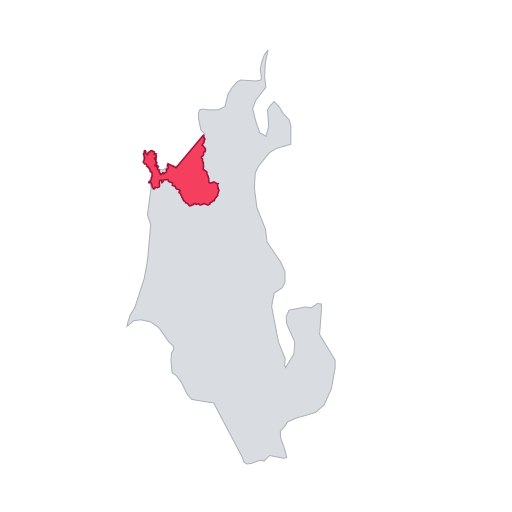 location of Talamanca, Limón, Costa Rica, rotated 220°
{"feature_id": "36466004B17277375937001", "entity_name": "Talamanca", "entity_type": "district", "adm_level": 2, "iso_a3": "CRI", "parent_name": "Costa Rica", "parent_adm1": "Limón", "projection": "natural_earth1", "projection_center": [-83.039, 9.422], "detail": "fine", "context": "in_parent", "style": "filled", "palette": "rose", "viewbox_px": 512, "rotation_deg": 220, "n_neighbors": 0, "source": "geoboundaries", "source_scale": "gbopen_adm2", "svg_char_len": 7632}
<svg xmlns="http://www.w3.org/2000/svg" viewBox="0 0 512 512"><g transform="rotate(220 256 256)"><path d="M408.0,261.7L407.5,263.7L405.9,265.7L403.7,267.8L400.7,269.2L393.4,265.0L386.3,260.1L382.4,262.3L380.9,268.6L378.3,271.9L375.0,273.1L373.7,275.2L373.4,296.5L373.6,316.6L379.0,317.0L388.0,324.0L391.8,328.1L393.0,331.9L391.9,333.7L385.4,338.1L379.0,343.6L375.8,350.5L381.4,361.7L382.6,369.3L382.4,377.2L380.8,381.0L368.4,390.1L365.7,393.3L366.0,395.6L372.9,401.9L376.1,408.0L378.9,415.3L379.2,421.7L373.0,409.9L364.4,398.6L356.9,391.7L356.3,375.5L353.3,366.7L342.1,358.6L332.4,352.9L325.3,354.1L329.6,363.4L341.0,375.3L341.7,379.9L341.5,386.0L333.7,385.1L326.9,382.6L318.5,381.8L312.9,378.1L301.1,363.9L309.5,351.7L312.1,343.8L311.9,327.2L310.0,319.2L300.9,307.0L286.4,293.6L266.1,282.7L256.5,273.8L232.8,267.1L223.7,262.6L216.7,254.3L215.6,248.3L218.2,239.1L211.6,227.4L183.3,204.4L167.5,196.0L164.1,191.0L161.6,189.5L164.0,205.3L170.9,214.9L189.0,223.8L193.9,229.0L195.9,235.8L185.4,248.7L180.1,252.0L178.5,259.0L175.1,261.2L171.5,257.1L156.9,236.8L128.5,227.1L123.4,221.1L112.9,202.6L108.1,185.7L109.9,174.4L121.5,156.9L125.2,149.2L124.5,144.5L124.9,137.6L120.5,132.7L109.8,126.4L102.9,121.4L104.8,118.8L117.2,112.0L118.0,105.9L117.9,103.9L119.9,103.4L121.7,101.8L122.8,100.1L126.2,94.2L129.2,90.9L132.5,90.3L136.7,92.8L152.2,99.2L169.5,106.2L194.0,116.3L204.3,109.9L213.0,104.9L219.1,105.6L232.4,111.4L240.3,113.2L245.2,112.6L253.7,121.0L258.3,127.3L259.0,131.6L261.6,133.8L268.2,134.3L284.3,138.6L294.2,137.8L303.1,133.2L308.1,127.8L309.6,119.3L311.9,123.5L314.5,130.1L315.7,138.7L327.3,167.2L336.5,183.2L356.8,212.3L365.6,217.7L380.4,241.1L385.5,244.9L388.4,251.8L403.8,257.5L408.0,261.7Z" fill="#d9dde1" stroke="#a8b0b8" stroke-width="1"/><path d="M370.5,312.9L370.7,312.7L370.9,312.7L371.9,313.4L372.6,313.3L372.7,313.5L373.1,314.4L373.5,314.9L373.8,314.9L374.0,314.6L374.0,272.2L382.7,270.2L382.5,269.9L382.6,269.5L382.3,269.0L382.3,268.5L382.0,268.5L381.7,268.7L381.4,268.6L381.2,268.3L381.4,268.1L381.4,267.9L380.6,268.0L380.4,267.9L380.1,267.6L379.8,267.0L379.9,266.3L379.7,266.0L380.3,265.3L380.1,264.8L380.2,264.2L379.5,264.1L379.3,264.0L378.7,262.8L378.8,262.1L379.2,261.5L379.4,259.7L379.8,259.7L380.5,260.2L380.8,260.2L380.9,259.8L380.7,259.7L380.7,259.0L381.0,258.2L380.8,257.9L380.8,257.6L381.1,257.2L381.4,257.0L381.8,257.0L382.2,257.3L382.5,257.7L382.8,257.9L383.2,257.9L383.9,257.8L384.0,257.9L384.1,258.4L384.6,259.1L385.2,259.5L385.8,259.5L386.2,259.2L386.6,259.0L387.1,259.1L387.4,259.2L388.3,260.4L388.2,261.6L388.3,261.9L388.8,261.9L389.0,261.8L389.1,261.5L389.1,260.6L389.3,260.4L389.8,260.4L390.2,261.5L390.4,261.7L390.8,261.5L391.0,260.8L391.3,260.2L391.7,260.3L391.8,260.5L391.8,261.0L391.6,261.4L391.3,261.7L391.3,261.9L392.1,262.7L391.9,263.5L392.0,263.8L392.4,263.9L393.0,263.5L393.4,263.9L393.6,264.5L394.2,264.7L394.5,265.0L394.8,266.0L395.3,265.9L395.7,265.2L396.3,265.1L396.6,265.7L396.5,266.3L396.3,266.5L395.7,266.7L395.7,267.0L396.1,267.7L396.2,268.2L396.7,268.3L396.9,268.4L397.0,269.0L397.7,269.1L398.2,269.3L398.2,270.0L398.8,269.6L399.3,268.7L399.8,268.6L400.0,269.5L400.4,270.2L400.7,270.4L401.3,270.4L401.7,270.3L402.1,269.8L402.4,269.7L402.7,269.7L402.8,269.9L403.6,269.8L404.3,269.1L404.5,268.5L404.4,268.1L404.3,267.7L404.9,266.4L404.9,265.7L404.8,265.2L404.2,264.2L404.3,263.9L404.7,263.5L405.9,263.6L406.7,263.9L407.3,264.4L407.5,265.1L407.8,265.4L408.6,265.6L408.8,265.5L409.0,265.1L409.1,264.6L408.9,264.3L408.5,264.0L408.2,263.5L408.0,263.1L408.0,262.1L406.8,261.2L406.2,260.9L405.1,260.2L404.1,259.2L403.9,258.6L403.2,257.5L403.1,256.7L403.1,256.0L402.9,255.7L402.3,255.3L401.9,255.1L401.2,255.2L400.4,255.0L400.1,255.0L399.4,255.6L399.1,255.7L398.5,255.5L397.8,255.2L397.2,254.5L396.7,254.6L396.1,254.6L396.0,255.0L395.7,255.0L395.3,254.8L394.6,254.7L393.8,254.2L393.3,254.4L392.3,253.6L392.0,253.1L391.3,252.7L391.0,252.7L390.8,252.9L390.6,253.0L390.4,253.3L390.2,253.3L389.9,253.3L389.2,252.9L388.3,252.1L387.4,250.9L387.0,250.6L386.4,249.0L385.4,247.2L385.1,246.2L385.1,245.6L385.6,244.8L385.7,244.0L385.7,243.7L385.4,243.4L385.1,243.2L384.8,243.4L384.7,244.0L384.3,244.4L383.5,244.8L383.1,244.6L382.8,244.2L382.0,244.0L381.3,243.3L380.4,242.7L380.1,242.2L379.8,242.1L379.1,242.1L378.2,241.7L377.8,241.4L377.6,241.7L377.2,241.8L377.1,242.2L376.9,242.4L376.9,242.5L377.1,242.5L377.2,243.5L376.9,244.0L376.0,244.8L375.4,245.0L375.0,245.9L374.6,246.3L374.6,246.6L375.0,247.8L376.0,248.9L376.5,249.2L376.7,249.6L377.1,249.8L377.4,250.2L377.6,250.7L378.1,251.3L378.3,251.9L378.1,252.5L377.5,252.8L377.1,253.4L376.9,253.1L376.5,252.8L376.1,252.2L375.7,251.8L375.4,251.9L375.2,251.7L375.0,252.1L375.0,252.7L375.2,253.5L375.2,254.5L375.4,255.0L375.3,255.5L374.3,256.2L373.6,257.1L373.1,257.3L372.7,257.5L372.6,257.9L371.9,257.7L371.1,256.9L370.8,256.9L369.8,257.3L369.3,257.3L368.9,257.8L368.0,258.1L367.6,258.1L367.1,257.9L366.8,258.1L366.4,258.0L366.1,257.8L365.8,257.0L365.6,256.3L365.3,256.3L364.9,256.4L364.4,256.7L364.1,256.8L363.7,257.2L363.5,257.3L363.3,257.3L362.9,257.6L362.6,257.5L362.3,257.1L361.7,256.9L361.4,256.5L360.2,256.3L359.6,256.3L358.5,257.0L358.1,257.0L357.6,257.5L356.9,257.5L356.5,257.2L356.1,257.2L355.9,257.0L356.0,256.4L356.2,255.7L355.8,255.1L355.5,255.0L355.2,255.3L353.6,255.1L353.2,254.8L352.8,254.8L352.5,254.3L351.7,254.1L351.2,253.7L350.6,253.3L349.8,253.1L349.2,253.1L348.9,252.7L348.5,252.4L347.9,252.2L346.7,252.0L346.6,251.8L345.9,252.0L344.4,251.9L343.6,251.5L343.1,252.1L342.7,252.1L342.1,252.3L341.4,252.0L340.8,252.0L340.6,251.9L340.3,252.0L339.6,251.6L339.3,251.6L338.3,252.5L338.0,253.0L337.8,253.9L337.5,254.1L337.2,254.6L337.0,255.3L337.0,255.6L337.2,255.9L337.1,256.5L336.7,256.8L335.0,257.0L334.8,257.3L334.7,257.7L334.2,258.4L333.9,258.9L333.7,259.1L332.3,258.9L331.8,259.0L331.4,259.3L331.0,259.8L330.6,260.5L330.5,260.9L330.3,261.3L330.1,261.7L329.5,262.2L329.5,262.8L329.3,263.0L327.6,263.4L327.0,263.5L326.7,263.7L326.0,263.9L325.4,264.3L325.2,264.8L325.1,265.3L324.7,265.9L324.9,266.8L325.3,267.2L325.3,267.5L325.0,268.0L324.7,268.6L324.6,269.0L324.2,269.8L324.2,270.5L324.4,270.9L324.4,271.2L324.3,271.3L323.5,271.6L324.1,273.2L324.2,273.8L324.4,274.6L324.4,275.1L324.2,275.5L324.2,275.9L324.4,276.2L324.3,276.7L324.2,277.0L324.2,277.6L324.3,277.9L324.9,278.2L325.3,279.6L325.9,280.6L326.1,281.2L326.1,281.4L326.4,282.4L326.9,282.8L327.8,282.9L328.3,283.6L328.5,283.7L328.8,283.6L328.9,284.0L329.4,284.1L329.8,284.3L330.1,284.7L330.4,285.2L330.9,285.4L331.2,285.8L331.6,286.7L331.6,287.0L332.0,286.7L332.3,286.6L332.9,286.2L334.8,286.0L336.0,285.6L336.4,285.1L336.6,284.7L336.8,283.8L337.5,283.1L338.0,282.3L339.1,282.3L339.6,282.3L339.9,282.7L340.3,283.0L340.9,283.7L341.4,284.1L341.8,285.0L342.1,285.1L342.8,285.3L343.3,285.9L345.0,286.8L345.6,286.8L346.2,287.1L346.4,287.3L346.7,287.9L347.5,288.7L348.0,288.8L348.4,288.9L350.1,288.6L350.9,288.6L351.3,288.6L351.8,288.3L352.2,288.5L352.4,288.5L352.8,289.2L353.1,290.1L353.5,290.7L353.8,290.8L354.1,291.4L354.7,291.8L355.1,292.3L355.8,293.1L356.2,293.7L357.3,293.9L357.5,294.1L357.6,294.3L358.1,294.6L358.4,295.0L358.7,295.1L358.9,295.6L359.1,295.8L359.6,296.0L360.6,296.0L361.0,296.2L361.5,296.7L361.5,297.0L361.5,297.7L361.0,298.4L361.0,298.7L361.2,299.4L361.3,300.1L361.7,300.5L362.8,301.6L362.8,302.4L362.7,302.6L362.4,302.7L362.0,303.1L362.4,304.1L362.6,304.5L363.2,305.0L363.6,305.6L364.1,305.8L365.3,305.9L365.7,306.0L366.3,306.1L367.3,306.4L368.5,306.3L368.6,306.6L368.9,306.8L368.7,307.4L368.8,308.6L368.7,309.1L368.8,309.4L369.3,309.9L369.3,310.5L369.9,310.9L369.9,311.4L370.2,312.7L370.5,312.9Z" fill="#f43f5e" stroke="#9f1239" stroke-width="1.5"/></g></svg>